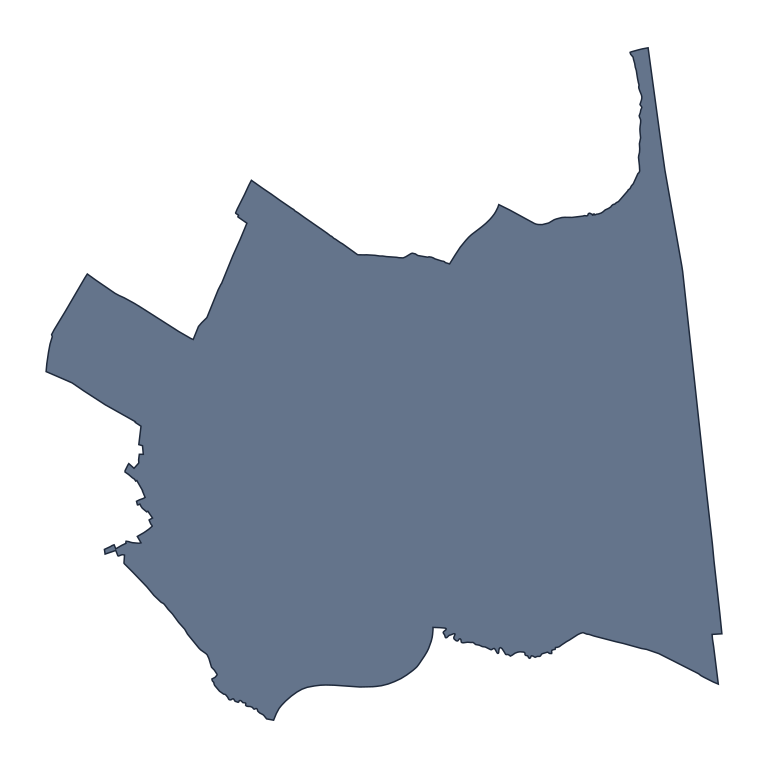 Mueang Pathum Thani, Pathum Thani, Thailand (Robinson projection)
{"feature_id": "78962969B64886483161753", "entity_name": "Mueang Pathum Thani", "entity_type": "district", "adm_level": 2, "iso_a3": "THA", "parent_name": "Thailand", "parent_adm1": "Pathum Thani", "projection": "robinson", "projection_center": [100.542, 14.005], "detail": "fine", "context": "isolated", "style": "filled", "palette": "slate", "viewbox_px": 768, "rotation_deg": 0, "n_neighbors": 0, "source": "geoboundaries", "source_scale": "gbopen_adm2", "svg_char_len": 6084}
<svg xmlns="http://www.w3.org/2000/svg" viewBox="0 0 768 768"><path d="M721.9,633.8L719.9,614.1L714.0,561.0L712.4,544.0L706.8,494.4L682.7,271.7L681.9,266.4L664.9,170.1L660.2,136.8L648.1,47.8L642.2,48.9L637.8,50.0L631.7,51.7L630.1,52.3L630.1,52.7L630.7,54.3L633.1,57.2L633.5,59.3L634.7,63.5L635.3,67.3L636.3,70.5L637.5,78.3L638.4,82.8L638.9,84.4L639.0,85.3L638.7,86.9L638.8,88.0L639.6,90.5L641.4,94.9L641.8,96.6L641.8,98.2L641.4,100.2L640.0,104.4L640.3,105.1L641.6,106.7L641.8,107.7L640.8,109.9L640.3,112.7L639.2,115.7L639.5,117.1L640.5,119.3L640.7,120.6L640.6,122.8L640.1,126.3L639.9,129.1L640.0,131.7L640.6,137.9L639.4,143.7L639.7,148.9L639.5,152.4L638.7,155.7L638.5,157.5L639.4,165.5L639.7,171.0L639.0,172.6L637.9,173.6L633.3,183.7L631.4,185.9L630.0,188.6L628.1,190.0L627.8,190.8L618.8,201.2L618.1,201.8L616.4,202.6L614.6,204.2L613.3,204.4L612.7,204.8L611.6,205.7L610.8,206.9L608.5,208.4L605.2,209.9L602.9,211.9L601.2,213.0L598.3,214.0L596.5,214.2L594.9,214.9L594.6,214.7L594.2,214.0L593.4,214.1L593.3,214.4L593.3,214.9L592.5,215.1L592.0,214.3L590.1,213.3L589.2,213.2L588.3,213.8L587.7,215.4L586.8,215.9L584.6,215.6L582.7,216.1L572.1,217.4L564.7,217.3L561.9,217.5L556.5,218.9L554.2,219.7L548.6,223.0L542.2,224.6L538.0,224.5L535.7,224.0L534.1,223.3L509.7,210.0L498.8,204.6L497.8,207.5L495.7,211.7L494.2,214.1L492.2,216.7L489.8,219.5L485.8,223.4L481.6,226.9L471.4,234.7L468.7,237.2L465.7,240.5L460.3,247.1L455.0,255.2L449.6,263.9L445.3,262.6L444.5,261.7L443.5,261.3L441.7,261.0L435.1,258.9L434.1,258.4L433.8,258.1L431.5,257.2L429.0,256.8L427.7,257.2L417.8,255.5L415.4,253.9L412.4,253.2L411.8,253.3L411.0,253.6L405.7,256.8L403.4,257.8L402.8,257.9L398.9,257.7L396.7,257.3L386.5,256.6L382.5,256.0L379.8,256.0L375.0,255.3L366.3,254.8L364.8,254.9L358.1,254.8L357.3,254.5L342.5,243.8L340.2,242.5L335.5,239.2L333.9,238.4L331.6,236.3L330.3,235.8L328.8,234.5L324.4,231.3L304.2,217.3L298.0,212.8L294.8,210.8L293.8,209.6L291.6,208.3L279.6,200.1L272.1,194.7L262.4,188.1L251.4,180.3L248.8,185.3L244.6,194.4L237.2,209.1L235.6,212.9L235.8,213.4L238.4,215.1L238.5,215.4L237.9,216.5L238.0,217.0L238.3,217.2L246.9,223.2L240.2,239.3L232.9,255.6L221.8,282.9L221.6,283.5L221.1,284.0L218.2,289.7L207.1,317.1L206.6,317.9L201.7,322.7L198.5,326.4L193.2,339.5L190.7,338.4L178.9,331.6L141.6,307.8L134.6,303.5L128.6,300.2L124.2,297.8L119.1,295.5L115.0,293.3L96.2,280.4L87.3,274.0L85.0,277.6L65.5,311.0L54.1,329.8L51.6,334.6L52.3,336.7L51.0,340.8L50.0,344.2L48.5,352.2L46.8,363.8L46.1,371.6L72.1,382.9L84.4,391.3L105.4,404.9L134.8,421.4L135.4,421.8L135.2,422.4L141.0,426.2L138.8,444.6L142.5,445.7L143.3,454.3L139.3,454.3L138.6,459.8L138.8,462.6L138.7,463.1L134.0,468.3L128.8,463.6L128.0,464.8L125.1,470.6L125.0,472.0L128.7,474.6L132.4,477.8L134.4,479.1L135.7,481.1L136.8,480.5L142.6,490.7L142.4,490.9L145.1,497.4L143.4,498.4L139.5,499.8L136.5,501.3L137.4,504.8L137.8,505.0L139.9,504.1L141.1,506.5L142.4,508.3L146.7,511.9L147.9,511.3L152.5,518.0L149.1,519.9L149.1,520.1L150.7,523.8L152.1,525.7L152.2,526.2L148.8,529.2L143.8,532.7L137.3,536.4L141.0,542.8L139.3,543.2L138.2,543.2L132.6,542.7L130.4,542.2L128.7,541.6L126.1,541.2L125.8,542.2L126.0,543.3L121.8,545.3L115.8,548.8L114.1,544.8L113.8,544.9L112.0,545.6L110.6,546.5L104.4,549.4L105.1,554.1L115.6,550.5L115.9,550.8L117.8,555.6L118.2,556.0L119.2,555.8L122.0,554.7L123.3,554.8L124.5,555.1L124.0,562.5L124.0,563.2L124.4,563.8L132.9,572.3L146.8,586.8L153.9,595.4L160.5,601.7L161.3,602.4L163.1,603.3L164.2,604.2L168.1,609.3L172.4,613.9L178.7,622.5L184.7,629.2L187.5,634.1L188.7,635.6L198.9,648.1L200.7,649.9L205.8,653.5L207.1,654.7L208.9,658.5L211.5,667.2L214.4,670.2L217.1,674.4L216.9,675.2L215.1,677.3L211.9,679.0L212.2,680.5L212.6,681.2L213.7,682.3L214.2,684.4L214.7,685.5L219.5,691.2L223.6,694.1L225.1,694.4L225.6,694.7L227.6,697.1L228.7,699.2L229.3,699.7L230.1,699.9L231.0,699.8L232.7,698.8L233.2,698.8L233.7,699.1L235.1,701.3L238.1,702.3L238.7,702.0L239.3,700.7L239.9,700.5L240.7,700.6L241.4,701.1L242.8,702.6L245.1,702.9L245.6,703.1L245.8,703.7L245.6,705.2L245.9,705.6L246.4,706.0L247.7,706.4L250.2,706.5L251.6,707.0L252.5,707.5L253.6,708.9L254.1,709.1L254.6,709.1L256.0,708.5L256.7,708.7L257.3,709.4L257.7,711.0L258.5,711.9L259.9,713.1L262.7,714.5L263.7,715.3L266.6,718.9L273.6,720.2L276.3,713.6L279.1,708.4L281.5,705.4L285.5,701.2L291.3,696.1L297.0,692.0L302.0,689.2L307.2,687.3L314.7,685.9L320.5,685.2L325.8,685.0L334.0,685.2L359.9,687.0L372.9,686.7L376.3,686.4L381.5,685.7L388.2,684.0L394.5,681.6L400.9,678.6L406.7,675.0L412.8,670.5L415.7,668.0L417.1,666.6L419.0,664.1L424.6,655.8L427.1,651.6L428.6,648.5L431.2,641.3L432.2,637.3L432.6,634.4L433.0,629.8L433.0,627.4L440.5,627.7L445.0,628.1L445.9,628.5L446.2,628.9L446.0,629.6L443.5,631.8L443.2,632.6L443.4,633.2L444.6,635.0L445.3,637.3L445.9,637.8L446.9,637.5L449.2,635.3L450.5,635.0L453.7,633.7L454.4,633.7L454.9,633.9L455.0,634.5L453.8,637.3L453.8,638.2L454.2,639.1L456.1,640.7L457.2,641.0L458.0,640.7L459.3,639.0L459.8,638.8L460.3,638.9L460.9,639.6L461.3,642.1L462.1,642.7L463.5,642.8L467.6,642.2L470.9,642.5L472.9,642.4L473.5,642.7L475.6,644.5L479.3,645.2L482.3,646.6L485.3,647.0L490.5,649.6L491.5,649.7L493.3,648.6L494.3,648.5L495.0,649.2L497.1,652.9L497.8,653.4L498.4,653.2L498.7,652.5L498.9,650.0L499.3,648.5L500.0,647.8L500.6,647.6L502.0,648.6L504.0,651.6L505.6,654.3L506.2,654.6L507.7,654.5L508.5,654.7L510.4,656.1L512.3,655.1L515.0,653.2L517.6,652.2L520.0,651.8L523.8,652.1L524.7,652.7L525.0,653.5L525.0,654.6L525.3,655.1L526.0,655.5L527.2,655.7L527.7,655.9L528.7,657.8L529.5,658.3L530.4,657.9L531.0,656.3L531.5,655.8L532.7,656.0L535.1,657.3L537.3,656.4L539.6,656.4L540.4,656.0L541.7,654.1L542.3,653.7L547.3,652.2L547.9,652.3L548.9,653.1L549.8,653.5L551.6,653.5L551.8,653.0L551.6,651.2L551.9,650.3L553.6,649.6L555.1,649.4L555.5,647.5L557.5,647.3L559.4,646.6L561.5,645.0L566.6,641.6L569.5,640.0L577.8,634.6L580.6,633.3L583.0,632.6L586.8,634.1L589.1,634.4L593.9,636.0L615.8,641.7L623.1,643.4L641.5,648.5L646.6,649.4L658.8,653.6L698.5,673.7L700.9,675.6L704.0,677.3L713.3,682.0L718.3,684.1L713.6,646.3L712.5,639.1L712.1,634.4L721.9,633.8Z" fill="#64748b" stroke="#1e293b" stroke-width="1.5"/></svg>